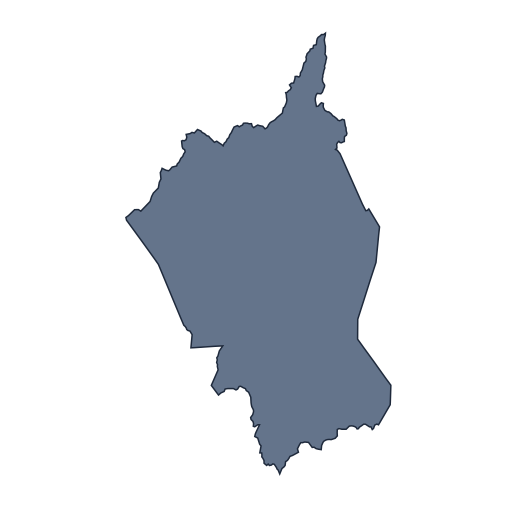 Serra Talhada, Pernambuco, Brazil (Equal Earth projection), rotated 177°
{"feature_id": "56859067B63489137036469", "entity_name": "Serra Talhada", "entity_type": "district", "adm_level": 2, "iso_a3": "BRA", "parent_name": "Brazil", "parent_adm1": "Pernambuco", "projection": "equal_earth", "projection_center": [-38.379, -8.059], "detail": "fine", "context": "isolated", "style": "filled", "palette": "slate", "viewbox_px": 512, "rotation_deg": 177, "n_neighbors": 0, "source": "geoboundaries", "source_scale": "gbopen_adm2", "svg_char_len": 4295}
<svg xmlns="http://www.w3.org/2000/svg" viewBox="0 0 512 512"><g transform="rotate(177 256 256)"><path d="M201.0,59.2L200.4,63.3L198.8,66.5L197.8,67.6L196.0,68.5L194.6,68.9L192.6,69.0L190.6,68.7L186.5,69.8L184.2,72.1L184.2,75.4L183.9,78.5L182.2,79.3L179.3,78.5L175.0,78.3L171.8,81.2L169.7,81.4L167.9,81.1L166.0,80.3L164.9,79.5L164.1,78.0L162.7,78.2L161.9,79.5L159.9,80.7L157.3,82.4L155.5,82.3L153.6,80.9L151.5,79.4L150.2,79.4L149.0,76.6L147.7,77.6L146.2,81.0L144.1,81.8L142.5,81.0L129.8,100.4L129.5,103.1L129.0,109.0L128.3,117.4L128.1,119.9L132.4,126.4L140.5,139.1L143.6,144.0L153.7,159.5L154.7,161.1L158.9,167.6L157.7,187.5L150.8,205.7L143.1,226.2L136.5,243.3L132.3,271.3L131.1,278.6L140.9,297.1L142.4,295.7L144.0,295.5L147.0,302.2L166.7,353.7L169.4,357.5L171.0,358.2L169.5,359.6L169.6,363.4L168.7,364.9L167.2,366.2L166.1,364.8L164.7,364.6L163.2,365.3L161.8,365.7L161.6,369.1L161.3,370.7L159.4,371.9L158.8,373.7L159.4,376.4L159.4,379.4L160.0,381.0L160.7,387.2L162.7,388.0L164.0,387.2L165.5,386.7L167.1,387.4L168.1,388.9L170.7,391.2L171.9,391.9L173.6,394.2L175.8,396.1L177.1,396.2L179.6,397.8L181.0,401.0L181.0,402.8L180.7,404.8L182.7,405.6L184.4,404.2L185.9,402.5L187.8,402.2L188.6,407.8L188.6,410.0L187.7,413.3L186.3,415.2L184.9,414.9L182.7,414.6L181.1,416.2L179.7,419.5L178.8,421.2L178.5,423.0L180.3,426.5L180.5,429.4L179.9,431.5L179.8,433.3L179.1,435.0L178.5,437.8L177.4,440.2L177.7,442.0L176.4,445.3L176.0,447.5L175.3,449.5L175.1,451.0L176.6,454.1L176.1,456.0L175.7,462.0L176.1,463.7L176.5,468.2L176.1,470.2L175.3,472.6L175.0,474.9L176.9,473.6L179.0,473.7L180.5,472.4L182.5,471.1L183.5,469.7L184.1,467.6L184.7,463.9L187.5,463.3L188.2,460.5L191.0,459.7L191.5,458.0L194.4,455.3L194.9,453.8L195.7,452.0L195.4,450.1L196.1,447.7L198.0,446.2L200.1,439.4L202.1,436.4L202.4,433.9L203.8,432.5L205.7,433.3L207.5,433.2L207.9,430.9L208.6,428.9L209.4,426.8L211.6,426.7L213.6,425.1L212.7,423.4L211.9,422.2L213.1,420.3L215.1,419.1L216.2,417.8L217.8,417.6L217.3,415.5L217.3,413.0L217.0,410.1L217.7,407.3L219.7,403.3L220.9,402.5L221.6,399.8L222.2,397.3L225.7,394.7L227.9,393.0L229.8,391.1L231.3,390.2L233.5,389.2L234.9,388.4L236.5,386.5L237.7,384.3L238.7,383.3L240.3,382.5L242.5,385.2L245.7,386.0L247.4,386.7L249.2,385.8L251.6,384.3L253.0,385.8L253.6,388.4L255.8,388.4L257.7,389.1L260.0,389.3L261.6,389.2L262.6,387.5L264.3,386.8L266.0,385.9L267.6,387.2L269.4,386.6L271.2,385.9L273.1,382.6L274.1,380.6L275.8,378.5L277.0,375.6L278.6,374.3L280.0,371.7L281.8,370.3L283.1,367.7L284.3,369.0L286.7,370.7L289.2,372.7L291.6,371.7L294.3,374.8L295.8,376.4L297.0,378.1L298.9,378.7L300.9,380.8L303.4,382.2L304.3,383.6L307.8,385.4L311.1,382.1L313.5,382.8L315.3,381.7L319.4,381.1L318.9,378.3L319.7,375.8L321.6,374.8L323.2,375.2L324.3,374.7L324.0,369.0L323.4,367.1L321.7,365.9L321.3,363.7L322.8,361.8L324.0,359.2L325.9,357.5L327.8,353.9L329.9,351.9L330.5,350.1L335.1,349.2L337.7,346.4L338.8,345.7L341.5,346.4L345.2,348.5L346.1,346.2L347.2,344.3L346.9,337.9L348.7,334.7L350.0,329.0L355.2,324.2L357.1,320.9L358.9,316.0L368.7,306.8L371.0,308.5L374.8,308.6L381.4,302.9L383.9,301.3L383.4,298.5L368.4,275.5L357.5,258.5L353.9,252.7L351.2,245.2L346.8,232.8L345.8,230.0L334.8,199.1L331.7,190.6L330.4,189.3L329.5,187.9L329.0,186.2L327.9,185.2L325.9,184.5L323.9,180.8L325.8,167.7L322.0,167.7L302.1,168.0L293.9,168.0L297.6,163.1L299.3,158.0L300.5,156.4L300.1,154.3L300.9,151.7L300.1,149.6L300.4,147.7L299.8,144.3L307.4,129.1L300.7,119.1L298.2,121.1L294.9,122.4L293.8,124.8L291.0,125.1L285.5,124.8L283.0,123.3L281.4,124.0L279.6,126.6L278.1,126.7L275.6,125.1L273.5,124.1L272.8,122.2L271.6,121.2L270.5,120.4L268.6,115.2L268.6,109.7L268.4,107.5L268.1,105.8L266.6,102.4L266.6,100.6L267.6,97.7L269.8,95.0L269.5,93.0L267.7,91.0L267.2,88.8L267.6,86.1L266.2,85.5L263.1,87.4L261.3,87.3L265.2,80.0L266.0,78.3L266.7,75.8L263.8,74.1L263.2,71.8L262.2,67.9L260.9,66.1L262.5,59.2L260.6,59.0L260.5,57.0L260.7,55.1L259.7,53.6L258.7,51.3L258.8,48.6L257.5,47.4L256.3,46.3L254.7,47.6L253.6,46.1L251.6,46.4L250.1,47.5L248.6,47.0L246.6,43.6L246.1,42.1L245.1,41.1L243.7,37.1L241.2,42.4L239.0,44.0L237.9,45.3L237.2,49.1L235.3,50.2L233.8,52.1L232.6,54.1L230.0,54.9L223.9,57.8L224.7,61.3L222.5,65.2L221.0,67.3L219.4,67.1L217.1,67.7L213.3,67.1L209.9,61.9L208.0,62.0L206.1,60.5L203.8,59.8L201.0,59.2Z" fill="#64748b" stroke="#1e293b" stroke-width="1.5"/></g></svg>